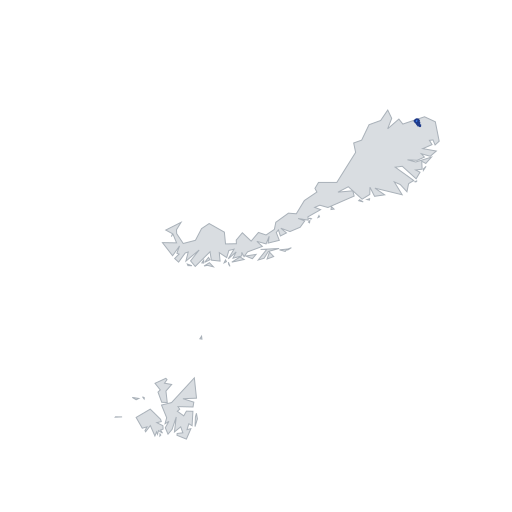 Froland nor, Aust-Agder, Norway (highlighted), rotated 215°
{"feature_id": "86288312B48692676973437", "entity_name": "Froland nor", "entity_type": "district", "adm_level": 2, "iso_a3": "NOR", "parent_name": "Norway", "parent_adm1": "Aust-Agder", "projection": "orthographic", "projection_center": [8.423, 58.587], "detail": "fine", "context": "in_parent", "style": "filled", "palette": "blue", "viewbox_px": 512, "rotation_deg": 215, "n_neighbors": 0, "source": "geoboundaries", "source_scale": "gbopen_adm2", "svg_char_len": 5503}
<svg xmlns="http://www.w3.org/2000/svg" viewBox="0 0 512 512"><g transform="rotate(215 256 256)"><path d="M287.9,248.4L279.1,254.8L281.3,257.7L280.5,267.2L268.5,265.4L267.5,276.7L259.8,279.0L256.2,288.3L259.1,295.0L254.0,309.7L247.2,313.7L248.2,329.2L242.8,343.3L246.5,345.2L247.0,352.1L232.0,362.6L233.8,398.0L240.8,404.6L235.9,411.5L238.7,428.4L231.6,438.5L231.8,451.1L223.8,446.6L221.1,435.7L217.5,450.1L211.4,448.3L197.8,466.7L186.1,468.8L171.8,455.1L173.0,449.7L177.6,452.6L180.3,450.2L175.7,448.2L181.0,439.6L168.5,445.4L170.5,437.6L179.3,434.6L174.8,433.6L178.9,426.8L187.1,421.7L179.1,424.6L169.0,437.6L170.0,429.2L174.6,428.7L169.7,422.4L174.6,418.0L169.7,418.7L169.1,411.1L187.6,413.4L192.9,408.6L170.1,408.3L172.5,402.8L169.2,395.2L178.8,397.3L185.2,396.0L171.4,390.0L197.5,379.8L185.7,379.9L193.1,372.9L202.1,377.7L198.1,371.7L201.7,363.4L220.1,365.7L225.5,355.3L214.1,364.9L210.0,361.4L224.9,337.0L232.9,334.2L235.8,329.5L229.7,331.0L235.9,317.9L233.8,315.3L243.0,310.9L236.2,312.7L236.3,304.9L242.2,295.5L251.6,293.0L244.3,292.4L247.5,286.4L252.6,290.2L252.9,286.9L245.9,282.2L253.5,273.5L256.5,279.7L254.7,271.7L263.7,268.5L256.3,267.5L265.3,254.5L265.4,248.6L269.8,250.8L267.7,247.9L273.6,241.0L274.6,248.0L277.1,237.7L277.9,249.0L281.4,245.0L279.1,237.9L288.0,237.7L282.5,231.2L290.2,227.0L296.1,233.1L299.8,212.6L306.8,214.5L306.0,228.3L310.5,211.6L313.8,220.4L315.7,217.9L315.9,206.6L321.2,207.3L320.1,213.4L322.4,212.9L324.4,220.4L324.5,208.4L340.3,213.3L328.6,221.2L336.7,226.4L344.8,225.5L336.7,240.6L336.2,231.9L333.8,228.8L322.8,224.5L314.6,234.1L316.3,247.2L313.0,255.7L295.6,257.4L287.9,248.4ZM225.9,59.6L231.8,63.3L232.5,70.6L234.3,66.4L236.4,72.3L247.9,79.7L241.1,87.5L236.6,120.8L223.2,105.4L234.0,97.2L223.1,100.6L221.0,96.2L233.5,87.9L230.6,86.7L231.4,83.7L223.5,83.6L224.0,89.0L218.6,92.6L211.0,80.3L214.8,80.1L212.9,74.2L210.3,77.2L208.0,66.1L217.9,63.8L218.8,65.4L214.5,69.2L219.7,72.9L221.9,65.1L229.0,78.4L225.3,65.8L225.9,59.6ZM235.6,50.6L245.3,56.5L245.6,48.7L246.8,49.3L247.3,53.5L250.4,49.7L261.6,55.0L254.8,69.9L240.5,67.5L238.6,66.0L241.7,62.6L234.9,63.6L232.8,60.9L234.4,58.7L231.0,57.3L235.7,57.1L234.4,53.4L236.6,54.9L235.6,50.6ZM249.3,82.1L258.2,88.3L257.6,91.4L265.7,93.8L259.7,104.1L258.0,103.7L258.0,99.3L251.4,102.4L252.3,93.7L244.7,85.1L249.3,82.1ZM251.0,267.5L256.0,264.0L241.4,275.4L248.5,266.8L248.1,258.8L251.9,254.0L251.0,267.5ZM257.4,251.7L264.4,250.1L256.9,257.3L257.4,251.7ZM263.7,246.3L272.3,237.1L268.5,246.1L263.7,246.3ZM208.1,81.3L213.3,89.4L214.6,93.0L210.6,89.0L208.1,81.3ZM245.2,259.9L247.2,266.9L241.2,265.7L245.2,259.9ZM292.8,218.0L290.3,223.8L284.7,222.7L290.4,220.5L292.8,218.0ZM294.4,221.4L294.1,227.6L291.6,226.5L294.4,221.4ZM234.7,276.5L240.3,274.5L234.4,279.6L234.7,276.5ZM278.9,43.6L273.4,47.4L278.9,43.2L278.9,43.6ZM271.7,69.5L276.2,69.2L270.3,72.1L271.7,69.5ZM302.9,211.3L306.2,209.1L307.7,210.0L302.9,211.3ZM296.4,219.3L296.5,222.6L294.8,220.2L296.4,219.3ZM278.2,232.1L278.7,235.3L277.0,234.4L278.2,232.1ZM254.5,156.0L254.6,159.1L252.6,156.9L254.5,156.0ZM268.2,75.6L266.1,75.8L265.6,74.7L268.2,75.6ZM221.2,337.1L222.6,339.7L219.0,339.2L221.2,337.1ZM271.4,232.6L273.6,233.5L275.1,235.1L271.4,232.6ZM231.5,53.4L232.6,55.2L231.3,54.7L231.5,53.4ZM203.4,361.5L199.2,361.8L203.6,360.2L203.4,361.5ZM197.4,365.9L195.8,368.1L195.1,366.9L197.4,365.9ZM233.6,280.4L231.8,283.1L233.6,278.7L233.6,280.4ZM168.8,423.4L168.1,427.0L168.0,422.2L168.8,423.4ZM232.2,315.9L231.2,313.9L232.5,313.9L232.2,315.9ZM336.5,223.3L337.0,225.9L336.7,225.5L336.5,223.3ZM233.5,317.9L231.3,318.5L233.9,317.3L233.5,317.9ZM227.3,323.1L227.6,325.2L226.5,324.5L227.3,323.1ZM168.4,408.0L167.2,410.1L167.5,408.4L168.4,408.0Z" fill="#d9dde1" stroke="#a8b0b8" stroke-width="1"/><path d="M203.6,457.4L203.4,457.5L203.2,457.7L203.2,457.8L203.1,457.7L202.9,457.5L202.9,457.4L202.8,457.2L202.7,457.2L202.3,457.0L202.3,456.9L202.2,456.9L201.9,456.9L201.7,456.8L201.4,456.7L201.2,456.7L200.9,456.7L200.8,456.8L200.9,457.0L201.1,457.1L201.1,457.3L201.1,457.2L200.9,457.1L200.8,457.3L200.7,457.4L200.7,457.5L200.3,457.5L200.2,457.5L200.2,457.4L200.3,457.3L200.3,457.2L200.2,457.2L199.9,457.1L200.0,456.9L199.9,456.9L199.9,456.7L199.8,456.4L199.7,456.2L199.6,456.3L199.4,456.5L199.3,456.4L199.2,456.2L198.8,456.1L198.5,456.2L198.3,456.0L198.2,455.8L197.9,456.1L197.7,456.2L197.4,456.1L197.1,456.1L196.8,456.1L196.7,456.0L196.2,456.1L195.9,456.3L195.8,456.5L196.0,456.7L196.0,456.8L196.1,457.0L196.3,457.1L196.4,457.4L196.4,457.5L196.5,457.5L196.9,457.5L197.1,457.5L197.3,457.6L197.5,457.7L197.8,457.5L197.8,457.4L198.0,457.5L198.0,457.8L198.1,458.0L198.2,458.3L198.3,458.3L198.3,458.6L198.4,458.8L198.5,458.9L198.6,459.0L198.7,459.3L198.8,459.3L198.8,459.2L199.1,459.1L199.2,458.9L199.3,458.9L199.5,458.9L199.7,458.7L199.7,458.4L199.7,458.2L199.8,458.2L200.0,458.2L200.2,458.3L200.3,458.3L200.6,458.3L200.6,458.5L200.4,458.8L200.3,459.0L200.2,459.0L200.1,459.3L200.1,459.5L200.3,459.6L200.2,459.6L200.0,459.8L199.9,459.8L199.9,460.0L200.0,460.3L200.1,460.2L200.2,460.3L200.3,460.4L200.5,460.5L200.5,460.4L200.6,460.2L200.7,460.4L200.8,460.4L201.0,460.3L201.0,460.2L201.3,460.2L201.4,460.3L201.5,460.3L201.5,460.5L201.5,460.8L201.8,460.7L202.0,460.7L202.1,460.8L202.2,460.7L202.3,460.6L202.4,460.4L202.5,460.4L202.8,460.4L202.8,460.2L202.8,459.9L203.0,459.8L203.1,459.7L203.3,459.7L203.5,459.5L203.5,459.4L203.5,459.2L203.6,458.9L203.6,458.7L203.6,458.4L203.7,458.2L203.4,458.1L203.7,457.6L203.6,457.4L203.6,457.4Z" fill="#3b82f6" stroke="#1e3a8a" stroke-width="1.5"/></g></svg>